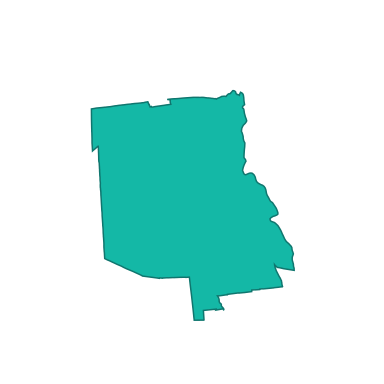 outline of Botesti, Neamt, Romania, rotated 221°
{"feature_id": "2599482B78985950419724", "entity_name": "Botesti", "entity_type": "district", "adm_level": 2, "iso_a3": "ROU", "parent_name": "Romania", "parent_adm1": "Neamt", "projection": "mercator", "projection_center": [26.751, 47.065], "detail": "fine", "context": "isolated", "style": "filled", "palette": "teal", "viewbox_px": 384, "rotation_deg": 221, "n_neighbors": 0, "source": "geoboundaries", "source_scale": "gbopen_adm2", "svg_char_len": 5933}
<svg xmlns="http://www.w3.org/2000/svg" viewBox="0 0 384 384"><g transform="rotate(221 192 192)"><path d="M219.5,299.5L220.8,299.1L220.6,298.7L220.5,298.0L220.3,297.4L220.1,296.8L219.8,296.4L219.8,296.2L219.7,296.0L220.6,295.9L221.3,295.6L221.6,295.4L221.8,295.2L221.9,295.3L222.0,295.3L222.3,295.3L222.9,295.1L223.7,295.4L224.1,295.7L224.6,296.1L225.3,296.2L226.1,296.2L226.6,296.0L227.2,295.7L227.6,295.4L227.7,295.2L227.7,294.8L227.7,294.2L227.7,293.1L227.7,292.6L227.8,292.1L227.6,291.7L227.7,291.3L228.0,291.1L228.2,290.6L228.7,290.2L229.0,289.2L229.0,288.9L229.1,287.5L229.0,286.6L229.0,286.4L229.8,286.0L230.5,285.5L232.3,283.6L232.8,282.2L233.5,280.7L234.1,279.6L234.5,278.6L234.5,278.2L235.5,277.9L235.7,277.5L235.9,277.4L236.2,277.2L236.5,277.0L237.8,276.2L238.7,275.5L239.4,275.1L240.0,274.7L241.0,274.0L241.5,273.6L242.1,273.1L243.6,272.1L245.2,271.1L246.8,269.8L247.5,269.1L252.2,265.1L253.1,264.3L260.2,257.2L264.2,253.0L265.3,251.9L265.7,251.5L266.8,250.5L268.6,248.7L270.9,246.2L271.4,245.7L271.1,245.8L270.5,246.2L269.9,246.6L269.3,247.1L269.1,247.3L268.8,247.2L268.4,246.7L268.1,246.3L267.5,245.7L267.0,245.2L265.5,244.3L265.8,243.9L266.4,243.3L267.2,242.3L267.9,241.5L268.5,240.9L268.9,240.4L269.4,239.8L269.8,239.3L270.4,238.6L271.3,237.6L271.7,237.1L272.2,236.5L273.7,234.8L274.1,234.4L274.3,234.1L275.6,232.6L276.2,231.9L277.0,230.8L278.0,229.7L278.8,229.9L279.0,229.4L279.4,228.7L281.7,230.0L281.9,229.7L284.5,231.1L284.8,230.8L284.8,230.7L285.6,229.8L286.4,228.8L287.0,227.8L288.0,226.8L289.2,225.4L291.1,223.4L293.2,221.3L295.3,219.0L296.0,218.1L296.4,217.7L297.3,216.8L298.8,215.2L299.4,214.5L300.1,213.7L300.5,213.2L301.5,212.2L303.1,210.4L303.9,209.6L305.4,207.8L306.7,206.4L307.6,205.3L309.7,202.7L310.0,202.4L310.6,201.8L311.8,200.5L312.7,199.5L313.0,199.1L313.4,198.8L313.7,198.5L314.6,197.5L316.0,196.0L317.4,194.5L318.1,193.8L319.5,192.3L319.7,192.0L321.9,189.3L322.4,188.7L315.5,180.9L309.5,174.3L308.8,173.6L307.7,172.3L306.4,171.0L302.5,166.7L302.2,166.4L301.8,165.9L299.5,163.3L297.1,160.9L294.0,157.7L293.9,158.6L293.3,162.1L293.1,164.0L292.9,165.0L292.7,165.0L292.4,164.6L291.6,163.9L290.9,163.1L290.4,162.5L289.8,162.0L289.2,161.3L288.6,160.6L288.1,160.2L287.7,159.7L286.1,158.0L284.3,156.0L283.6,155.2L283.2,154.8L282.4,154.0L281.3,153.2L280.6,152.6L279.8,151.7L278.7,150.6L277.0,148.8L276.0,147.9L275.8,147.5L275.1,146.8L274.1,145.8L272.5,144.1L271.0,142.7L269.3,140.8L267.1,138.7L266.4,137.9L266.0,137.3L265.1,136.3L264.2,135.3L263.6,134.9L263.0,134.2L260.9,132.3L258.8,130.0L256.0,127.2L253.5,124.6L247.8,118.8L246.5,117.6L245.0,116.0L244.3,115.2L243.6,114.5L242.8,113.7L240.2,111.1L239.8,110.7L238.8,109.7L238.1,109.0L237.7,108.5L237.3,108.1L236.4,107.3L235.9,106.8L235.2,106.1L234.2,105.1L233.5,104.3L233.1,103.9L232.4,103.1L231.4,102.1L231.1,101.8L230.8,101.5L230.7,101.4L230.2,100.9L229.4,100.0L228.9,99.6L228.4,99.1L227.3,98.0L225.4,96.1L224.2,94.8L223.2,93.6L222.2,92.5L221.4,91.7L220.4,90.7L219.2,89.5L218.3,88.7L215.3,85.6L214.2,84.5L212.6,84.9L211.1,85.3L209.7,85.8L208.4,86.2L205.7,86.9L205.3,87.1L204.8,87.2L203.1,87.7L201.6,88.1L199.1,88.9L198.2,89.2L196.3,89.8L194.8,90.1L194.7,90.1L192.9,90.6L191.1,91.1L189.9,91.5L189.4,91.7L188.7,91.9L184.2,93.4L181.7,94.1L178.7,95.0L177.4,95.4L174.7,96.1L174.4,96.0L174.2,96.1L161.8,104.3L159.9,105.5L160.0,106.0L157.6,107.7L157.6,108.0L156.8,108.7L154.7,110.8L153.6,111.7L150.9,114.3L149.1,115.9L144.9,119.9L142.9,121.7L141.1,123.3L140.6,123.5L139.1,125.1L138.1,126.0L131.9,120.3L123.6,112.8L113.4,103.4L108.3,98.6L106.2,96.7L99.0,103.1L99.0,103.3L105.7,110.1L96.8,119.6L96.7,119.5L96.2,119.0L96.2,118.9L92.0,124.1L91.7,124.1L91.4,124.0L91.4,123.9L91.1,123.8L90.8,123.8L90.8,124.1L91.6,124.7L93.1,125.0L94.5,125.1L95.0,125.3L95.3,125.5L95.7,125.9L95.9,126.2L96.5,126.5L96.9,126.7L97.6,126.6L98.0,126.5L98.8,126.8L99.4,127.0L101.1,128.7L102.5,129.6L104.7,130.3L103.5,131.4L103.3,131.5L102.9,132.0L101.4,133.7L99.2,136.3L97.9,137.6L98.2,137.9L96.9,139.4L94.2,142.4L90.5,146.6L90.3,146.5L88.8,148.1L86.2,150.8L84.1,153.2L81.6,156.0L82.6,157.2L81.0,158.8L79.8,159.9L77.5,162.2L76.8,162.9L76.8,163.0L77.1,163.3L75.9,164.6L74.4,165.9L67.6,173.1L67.1,173.8L64.4,176.7L63.1,178.2L61.6,179.8L61.7,180.1L61.8,180.1L62.4,180.5L63.0,180.9L64.0,181.7L64.9,182.6L65.8,183.2L66.0,183.5L66.5,183.8L67.6,184.2L68.7,184.8L70.7,185.4L73.9,186.7L77.1,188.0L78.3,188.8L79.7,189.5L81.8,191.1L82.0,191.3L81.6,191.2L80.8,191.2L80.1,191.1L79.5,191.1L78.7,191.0L77.9,191.2L77.6,191.4L77.2,191.6L76.8,192.0L76.6,192.1L76.4,192.2L76.0,192.4L75.4,192.7L74.9,193.1L74.3,193.3L73.7,193.7L73.4,193.8L73.1,193.9L63.5,199.9L65.0,201.5L66.6,202.5L68.2,204.1L70.0,205.3L71.4,206.2L72.3,207.0L73.0,207.9L73.7,208.8L74.2,210.2L74.9,211.8L76.3,212.7L78.0,213.6L79.2,214.6L80.1,215.5L81.5,216.1L83.4,216.3L85.1,216.5L87.1,216.5L88.1,216.5L89.5,216.8L91.4,217.4L94.6,218.9L96.8,219.8L97.9,220.4L99.9,221.3L102.5,222.2L105.1,223.0L107.5,223.1L109.6,223.1L111.5,222.4L113.0,221.8L114.1,221.9L115.5,222.8L115.6,224.1L114.8,226.8L113.8,228.3L112.8,230.5L112.7,231.7L113.7,232.8L116.0,234.1L117.8,235.0L124.3,236.8L126.4,236.5L127.7,236.8L130.6,238.0L133.0,238.8L134.7,239.7L137.6,242.0L139.3,243.0L141.2,243.5L143.2,243.4L144.7,242.8L146.9,242.3L148.4,242.1L150.2,242.3L152.4,243.5L154.0,244.7L156.2,245.6L157.8,245.7L159.1,245.6L160.4,244.6L161.1,243.7L162.0,241.9L162.7,240.4L163.3,239.9L164.2,239.8L165.1,239.9L166.1,240.5L168.0,241.4L169.5,244.2L170.5,246.8L171.3,249.6L171.4,250.5L172.3,251.2L173.1,251.6L174.4,251.8L175.4,252.1L177.6,254.8L180.1,258.1L181.9,260.7L183.8,263.1L184.3,263.7L186.3,264.5L188.2,265.8L190.0,267.6L192.9,269.5L194.5,270.2L196.2,272.7L196.7,274.3L197.1,276.1L196.9,278.9L197.1,280.7L197.4,281.6L198.9,282.6L200.8,283.6L204.1,285.8L205.5,287.0L206.9,288.2L207.9,288.7L208.7,288.5L209.4,289.0L209.9,289.7L209.8,291.3L209.6,292.4L212.5,294.8L215.0,297.3L216.9,298.9L218.0,299.4L219.5,299.5Z" fill="#14b8a6" stroke="#0f766e" stroke-width="1.5"/></g></svg>